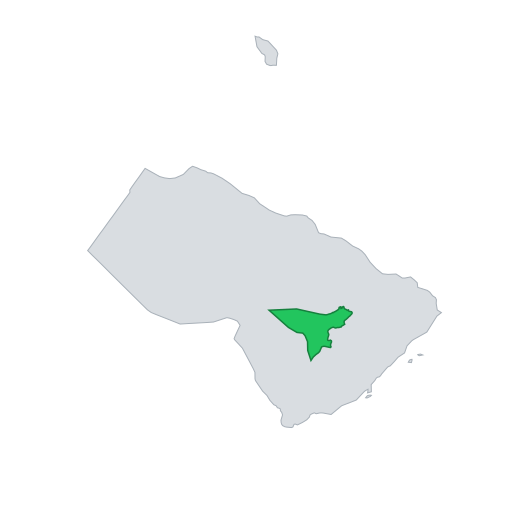 Yemen, with Ma'rib highlighted, rotated 235°
{"feature_id": "YEM-337", "entity_name": "Ma'rib", "entity_type": "Governorate", "adm_level": 1, "iso_a3": "YEM", "parent_name": "Yemen", "parent_adm1": "", "projection": "equal_earth", "projection_center": [45.213, 15.324], "detail": "fine", "context": "in_parent", "style": "filled", "palette": "green", "viewbox_px": 512, "rotation_deg": 235, "n_neighbors": 0, "source": "natural_earth", "source_scale": "10m", "svg_char_len": 4264}
<svg xmlns="http://www.w3.org/2000/svg" viewBox="0 0 512 512"><g transform="rotate(235 256 256)"><path d="M391.4,215.4L376.4,222.6L372.5,225.8L368.9,229.7L366.2,234.7L364.5,243.3L366.0,251.3L365.9,255.5L362.0,258.3L358.4,260.3L354.4,263.4L351.9,264.2L349.9,266.7L347.6,268.4L339.2,272.8L330.0,276.3L315.3,280.5L309.7,284.9L304.6,288.0L296.7,289.0L286.0,293.2L280.0,296.7L272.6,302.2L271.0,304.0L269.7,308.1L267.4,311.7L263.0,317.5L259.6,320.5L257.4,320.6L253.0,322.3L247.9,322.6L239.2,320.6L237.0,322.0L235.1,324.3L228.5,328.3L221.7,336.2L216.7,338.4L208.7,340.9L203.0,344.2L199.3,345.5L194.4,346.2L185.4,345.9L176.8,347.1L168.9,349.4L165.2,353.6L160.9,360.4L154.0,363.2L152.4,365.6L150.2,370.6L145.7,371.9L141.6,372.7L137.5,370.5L129.6,376.6L126.7,377.6L122.2,377.8L119.0,379.1L116.7,378.7L113.8,376.4L107.8,373.5L103.3,375.4L103.0,369.7L95.7,352.3L97.2,337.1L97.2,335.0L95.8,328.2L91.4,322.1L91.6,314.3L90.2,308.7L89.0,302.9L89.4,301.4L89.5,300.0L87.3,291.2L86.5,289.4L86.3,287.5L87.0,286.1L87.0,284.5L85.8,281.8L84.6,276.6L78.6,272.6L79.9,268.8L81.0,270.1L82.6,271.3L82.9,268.8L82.9,267.0L80.5,255.5L84.2,240.3L83.1,226.6L88.7,221.1L90.1,219.4L91.0,217.9L92.3,214.8L94.1,213.8L94.8,210.5L94.7,208.9L93.5,207.5L92.7,203.6L93.0,198.8L93.3,196.7L93.9,193.0L95.9,191.7L96.3,190.6L94.8,188.2L95.0,186.8L98.3,182.9L99.6,181.7L101.8,180.5L103.5,180.5L105.4,181.2L107.2,182.3L108.8,184.3L110.6,186.6L113.3,187.4L115.2,187.2L116.7,188.2L118.0,187.7L119.4,186.5L121.8,186.6L123.9,185.3L129.8,184.6L135.5,185.0L141.5,183.9L147.5,184.0L153.5,184.1L154.9,184.3L156.2,184.9L161.3,188.4L165.1,189.1L172.9,190.1L181.1,191.1L188.3,192.0L194.4,191.2L199.4,190.5L200.8,190.6L202.3,192.8L205.4,198.1L208.3,203.2L213.3,203.4L216.5,201.5L220.0,198.9L222.2,196.8L224.7,188.6L226.3,183.3L229.9,177.3L233.0,172.3L237.1,165.7L239.4,162.0L243.8,154.8L248.1,152.0L256.3,146.6L264.4,141.2L269.7,137.8L274.1,136.2L281.7,134.8L290.5,133.2L299.3,131.6L308.7,129.9L319.2,128.0L326.4,126.7L335.6,125.1L343.2,123.7L350.0,122.4L357.0,121.2L358.3,125.2L359.7,129.2L361.1,133.2L362.5,137.2L363.9,141.2L365.2,145.2L366.6,149.2L368.0,153.2L369.4,157.2L370.7,161.2L372.1,165.2L373.5,169.2L374.9,173.2L376.3,177.2L377.7,181.3L379.0,185.3L380.4,189.2L382.5,190.5L383.9,194.2L385.8,199.5L387.6,204.8L389.5,210.1L391.4,215.4ZM414.0,377.9L415.8,378.4L418.6,377.0L426.8,376.8L436.6,381.3L434.8,382.5L433.7,384.1L429.4,385.6L425.2,389.1L412.8,390.8L409.1,389.9L406.1,386.5L400.5,382.1L402.6,379.3L403.1,378.0L403.9,376.8L407.0,374.7L410.2,375.0L414.0,377.9ZM82.3,323.7L81.9,324.5L81.4,324.3L79.5,322.2L81.6,319.8L82.7,322.0L82.3,323.7ZM76.6,269.7L75.7,270.6L75.4,269.1L76.0,265.5L77.0,264.5L77.7,267.1L77.2,268.6L76.6,269.7ZM81.3,334.5L79.3,335.8L80.7,332.5L82.1,331.9L82.5,332.0L81.3,334.5Z" fill="#d9dde1" stroke="#a8b0b8" stroke-width="1"/><path d="M162.6,250.5L166.0,250.1L169.9,245.7L178.9,241.6L204.1,235.6L189.3,258.9L171.7,275.0L167.6,279.6L166.9,281.3L166.7,282.2L166.0,283.9L165.7,285.5L165.8,286.2L165.6,286.7L165.2,287.0L165.3,287.4L165.3,287.9L165.1,289.0L165.0,290.2L164.9,292.4L165.2,293.5L165.5,294.1L166.2,294.6L166.0,295.9L165.7,296.3L165.3,296.5L165.0,296.3L164.8,295.9L164.6,295.6L164.3,295.5L164.1,296.0L164.0,296.6L164.6,297.8L164.6,298.5L164.1,298.8L163.4,298.6L162.6,298.3L161.6,298.4L160.6,299.1L159.7,299.5L159.1,299.6L158.9,300.0L159.0,300.4L158.8,300.8L157.6,300.4L157.1,300.7L156.7,301.2L155.5,302.3L154.6,302.3L154.0,301.9L153.6,301.1L153.4,300.2L153.3,299.4L153.0,298.4L153.0,297.1L152.7,295.8L152.4,293.7L152.4,292.5L152.3,291.4L151.7,290.5L150.8,289.9L149.2,289.5L149.3,287.1L149.4,286.5L149.4,285.7L149.2,285.4L149.0,285.1L149.1,284.8L149.4,284.3L149.6,283.5L150.0,282.6L150.4,282.2L150.7,281.7L151.1,280.6L151.3,280.0L151.8,279.5L153.3,278.6L153.7,277.6L154.0,276.4L153.9,275.4L154.0,274.6L154.0,273.8L153.7,272.4L153.1,271.6L152.2,271.1L150.9,270.9L149.8,270.5L149.0,269.6L148.0,268.2L146.7,266.9L146.2,266.6L145.7,266.5L145.1,267.0L144.7,267.7L144.4,268.7L143.3,269.1L142.3,268.6L141.3,267.0L140.3,265.9L139.6,265.6L138.9,265.5L138.5,265.2L138.3,264.6L139.0,263.8L142.5,260.6L143.3,259.5L143.9,257.9L143.3,256.6L141.3,253.4L140.9,251.5L140.9,248.7L140.4,245.0L138.9,241.1L149.0,244.2L156.3,249.1L162.6,250.5Z" fill="#22c55e" stroke="#15803d" stroke-width="1.5"/></g></svg>